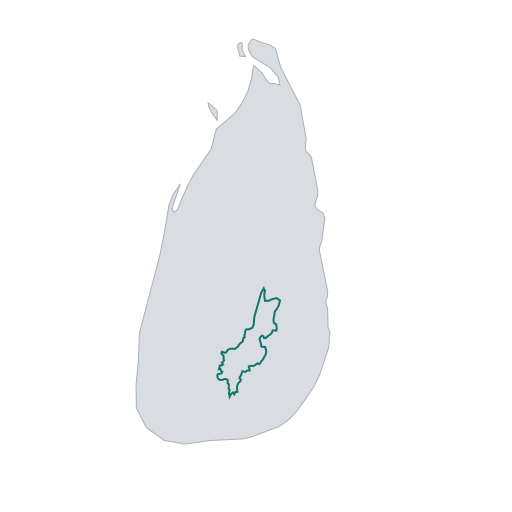 Badulla on a map of Sri Lanka (Natural Earth projection), rotated 19°
{"feature_id": "LKA-2467", "entity_name": "Badulla", "entity_type": "District", "adm_level": 1, "iso_a3": "LKA", "parent_name": "Sri Lanka", "parent_adm1": "", "projection": "natural_earth1", "projection_center": [81.038, 7.079], "detail": "fine", "context": "in_parent", "style": "outline", "palette": "teal", "viewbox_px": 512, "rotation_deg": 19, "n_neighbors": 0, "source": "natural_earth", "source_scale": "10m", "svg_char_len": 3152}
<svg xmlns="http://www.w3.org/2000/svg" viewBox="0 0 512 512"><g transform="rotate(19 256 256)"><path d="M182.4,51.8L191.1,52.3L200.4,52.0L206.9,53.5L218.1,69.8L248.6,99.0L265.2,128.6L266.7,135.1L269.0,140.7L273.0,142.3L276.3,144.8L292.9,173.5L294.8,179.1L294.6,185.4L295.5,190.0L299.9,192.3L305.3,193.5L308.8,197.8L313.3,220.7L313.3,227.8L314.6,230.9L335.5,266.5L336.7,270.8L336.5,274.0L337.1,276.8L341.1,283.1L347.4,300.1L350.7,303.9L354.5,318.7L354.8,347.0L353.4,359.6L349.5,375.0L344.8,390.0L339.8,400.8L333.0,410.0L309.5,429.4L302.8,433.3L272.2,445.6L249.7,457.1L228.9,460.2L208.1,453.9L192.4,438.7L184.4,416.4L178.9,393.1L170.9,367.2L164.9,287.3L161.9,265.0L157.2,236.5L157.7,224.2L161.1,212.3L161.0,238.3L164.1,241.5L166.4,238.2L168.5,211.3L170.3,199.9L178.6,170.3L178.7,165.1L177.3,154.0L177.4,148.4L189.8,127.6L193.0,115.5L194.7,103.1L194.0,89.8L191.8,76.6L201.8,80.8L207.3,85.4L212.9,88.5L217.4,86.9L222.9,86.8L219.0,79.7L207.4,73.1L188.1,69.0L182.1,63.7L179.8,59.2L181.0,53.9L182.4,51.8ZM172.5,132.3L175.1,140.4L167.6,134.9L162.7,130.3L160.9,126.7L171.2,130.8L172.5,132.3ZM181.2,71.0L175.5,72.2L171.0,65.1L169.9,62.1L171.1,60.0L172.3,59.0L173.8,59.3L175.9,65.9L181.2,71.0Z" fill="#d9dde1" stroke="#a8b0b8" stroke-width="1"/><path d="M299.5,319.9L296.0,320.9L296.0,323.1L295.3,325.1L292.8,328.7L291.9,330.4L290.4,331.1L289.2,329.5L287.7,329.3L286.6,331.2L286.3,333.3L287.5,335.0L288.9,336.6L289.8,338.7L290.8,340.0L294.2,339.0L295.2,340.5L295.7,341.0L296.3,341.9L296.8,343.3L297.1,344.8L297.1,346.8L296.6,348.7L296.3,351.6L295.8,352.7L295.2,353.8L295.0,355.5L294.5,357.0L293.3,357.3L292.4,356.9L291.8,357.5L291.4,358.3L290.5,359.7L289.4,360.8L287.0,361.5L285.1,362.7L287.3,366.3L284.7,367.3L283.9,369.0L280.8,369.3L280.6,371.6L280.8,373.8L280.0,375.7L280.3,377.1L281.9,377.6L282.0,379.5L280.7,381.9L280.5,383.5L280.5,385.1L281.4,388.0L282.7,390.5L280.8,391.2L280.6,393.8L279.6,393.2L278.6,392.5L277.3,394.8L276.9,397.6L276.1,396.1L275.1,394.6L274.7,391.2L274.1,390.8L273.4,390.5L272.8,388.2L272.0,386.0L271.2,385.8L270.5,385.4L270.1,383.6L269.4,382.3L268.3,382.2L266.6,382.3L264.8,383.9L262.6,384.9L260.5,384.5L259.1,383.2L258.2,381.4L258.6,380.0L261.1,378.7L261.4,378.3L261.7,377.5L261.9,376.5L260.3,376.0L259.1,374.4L258.4,374.7L257.8,375.1L257.5,371.2L259.2,370.7L260.2,369.2L259.3,368.7L258.5,368.1L259.8,365.5L259.5,364.8L259.0,364.2L258.5,362.6L257.9,361.1L255.0,359.4L254.9,357.7L256.5,357.6L258.2,357.7L259.5,356.1L259.9,354.0L261.3,352.5L263.0,351.6L266.4,350.7L268.5,347.3L268.9,345.2L269.7,343.3L270.4,342.5L271.0,341.7L271.3,340.9L271.2,340.2L270.7,338.3L271.1,337.3L271.8,336.4L271.4,335.9L271.0,335.3L270.8,334.4L271.0,333.5L270.3,330.8L270.4,328.9L271.6,328.1L273.5,327.5L276.0,324.8L276.1,321.4L274.2,313.8L273.4,297.8L272.9,289.1L273.8,284.2L274.0,284.5L275.4,285.4L276.0,286.9L276.1,288.7L276.9,291.2L279.1,295.5L280.8,294.8L281.7,294.6L282.8,294.1L284.7,292.0L289.2,289.1L293.2,290.2L293.6,295.4L292.6,300.6L292.1,301.7L291.9,302.6L292.1,303.9L292.5,305.2L293.1,309.9L294.1,312.4L295.5,313.9L296.3,313.7L297.4,314.0L297.7,314.9L298.4,316.1L299.2,318.0L299.5,319.9Z" fill="none" stroke="#0f766e" stroke-width="2"/></g></svg>